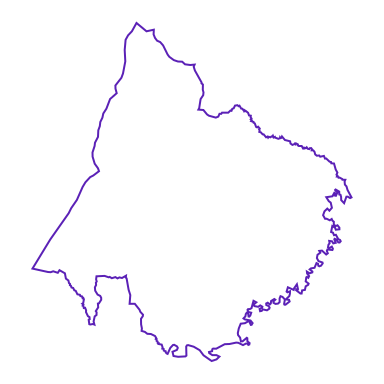 Mancha Khiri, Khon Kaen, Thailand
{"feature_id": "78962969B48602997867294", "entity_name": "Mancha Khiri", "entity_type": "district", "adm_level": 2, "iso_a3": "THA", "parent_name": "Thailand", "parent_adm1": "Khon Kaen", "projection": "robinson", "projection_center": [102.568, 16.234], "detail": "fine", "context": "isolated", "style": "outline", "palette": "violet", "viewbox_px": 384, "rotation_deg": 0, "n_neighbors": 0, "source": "geoboundaries", "source_scale": "gbopen_adm2", "svg_char_len": 6015}
<svg xmlns="http://www.w3.org/2000/svg" viewBox="0 0 384 384"><path d="M194.6,64.6L190.2,65.0L185.0,64.3L182.2,61.7L177.9,61.5L173.8,60.1L169.3,56.8L167.6,54.5L163.1,45.4L160.2,42.1L157.1,40.7L155.0,37.9L153.6,34.4L153.8,29.7L146.5,31.3L136.5,23.0L131.9,31.3L128.1,35.3L125.6,39.8L124.7,50.0L125.3,61.4L123.0,73.5L121.4,77.8L115.4,85.5L115.5,88.7L116.7,93.2L110.1,99.0L106.4,108.7L103.3,113.5L102.4,117.7L100.3,122.0L99.8,126.2L98.3,130.3L98.0,136.9L95.0,142.7L94.6,146.0L92.5,152.5L92.6,156.7L94.7,163.7L98.0,168.3L99.0,171.2L93.3,175.5L90.2,177.1L85.4,182.3L82.6,187.0L76.9,199.9L71.2,208.2L68.7,213.2L50.3,239.4L32.5,268.6L48.0,272.0L50.7,272.2L53.2,271.3L57.8,272.8L59.5,270.2L64.9,273.3L65.9,278.6L68.4,280.5L69.0,283.1L70.0,283.9L69.9,285.2L70.9,285.7L71.5,287.5L73.2,288.0L74.3,290.3L75.7,290.8L77.4,294.3L79.9,294.8L80.4,296.1L82.0,296.4L82.6,298.2L83.3,297.9L83.9,299.3L83.2,303.1L82.3,303.7L83.4,304.5L82.7,305.7L83.4,306.0L83.8,308.0L85.1,307.8L86.1,310.3L86.0,312.1L87.9,316.1L89.5,317.1L89.7,319.2L88.7,319.8L89.3,324.2L90.3,324.5L92.9,324.0L94.4,324.6L93.6,321.4L94.7,316.4L96.5,315.0L96.6,312.3L95.8,311.1L98.2,307.4L97.9,303.6L98.9,303.4L101.2,299.8L101.2,297.8L100.2,295.9L97.6,294.6L95.2,290.7L94.9,287.3L96.1,285.0L95.9,282.7L96.7,281.5L96.1,279.3L96.5,276.3L104.6,275.9L108.7,277.3L109.7,276.9L111.8,278.2L115.4,277.1L117.5,278.4L119.4,277.4L122.0,278.0L126.0,275.7L125.8,277.6L126.6,278.4L128.6,289.7L130.3,295.1L129.6,303.8L134.8,303.8L139.5,309.7L140.3,311.8L143.0,314.7L142.8,316.2L141.0,318.8L141.1,324.4L141.9,328.4L141.6,330.9L144.9,331.9L147.3,333.8L150.9,334.0L155.0,336.0L156.1,337.8L155.8,338.9L156.6,339.0L156.6,340.9L157.6,341.5L157.7,343.0L158.7,343.2L158.5,344.0L161.7,344.6L162.6,347.4L162.3,348.6L163.6,348.9L163.8,350.6L165.7,351.3L165.7,352.4L166.7,353.5L167.6,353.9L170.3,347.9L173.0,345.0L174.2,344.8L177.0,346.4L177.8,347.9L176.9,349.9L172.5,351.8L173.5,356.0L178.1,356.8L185.5,356.4L186.4,355.6L186.2,346.6L186.9,345.4L188.1,345.1L193.7,346.7L199.7,350.2L203.5,355.3L211.6,361.0L216.5,359.4L219.4,356.6L216.4,355.1L212.3,355.1L209.2,353.1L209.0,352.0L212.1,351.2L212.3,349.2L213.1,348.6L216.2,348.7L224.7,344.2L229.5,344.0L236.2,342.6L238.3,342.8L243.0,345.1L246.1,343.5L247.5,343.7L248.3,344.9L249.3,344.5L249.6,343.1L247.4,341.3L247.3,338.2L246.8,337.8L242.6,341.3L240.9,341.4L240.1,337.6L238.1,335.1L237.8,333.1L238.8,328.4L240.7,323.7L244.9,323.2L249.0,320.9L250.8,324.9L251.6,324.8L252.6,323.1L250.5,320.5L244.8,319.4L243.5,318.4L245.4,316.4L245.8,314.1L246.8,312.6L248.0,312.9L248.6,316.5L249.3,316.6L250.3,315.5L251.2,312.7L248.4,312.0L247.5,309.9L248.1,309.1L249.8,309.1L251.5,308.2L253.5,300.8L256.3,302.3L253.6,304.6L254.4,306.1L258.2,306.8L260.2,305.4L262.4,306.7L262.2,307.5L259.6,308.9L260.1,311.2L261.7,310.9L262.7,309.4L267.0,310.3L269.3,308.7L269.6,307.5L268.5,306.0L266.3,305.0L266.2,303.5L267.7,302.7L269.9,304.4L270.8,303.5L271.1,301.0L274.3,299.0L275.3,299.7L273.4,301.5L273.5,302.8L275.5,303.9L278.0,303.6L279.6,302.1L279.6,298.4L280.5,296.2L282.5,296.9L284.9,299.5L284.1,304.0L284.5,304.7L285.5,304.7L289.6,301.5L289.1,299.9L285.8,299.4L289.3,296.1L289.9,293.8L290.0,291.3L287.4,292.3L286.6,291.6L287.9,287.3L293.7,289.9L294.1,288.3L296.9,284.3L298.0,289.2L297.6,289.9L296.2,289.3L296.1,290.2L300.4,293.5L301.6,293.5L302.1,290.4L304.9,289.9L305.7,286.3L308.2,284.8L308.6,283.6L305.7,281.4L306.3,277.3L306.9,276.9L308.3,277.8L309.1,276.1L307.1,273.5L306.9,271.6L309.6,273.3L312.3,272.4L312.4,271.5L309.7,269.4L310.9,268.4L314.5,267.8L316.5,263.1L318.0,263.8L318.3,265.7L319.3,266.3L321.0,265.7L322.7,263.4L322.5,262.5L318.5,261.1L316.9,258.1L317.5,254.8L320.3,252.7L319.3,250.9L322.0,250.6L326.2,254.5L327.8,253.3L326.8,250.9L327.4,249.5L332.4,250.0L332.9,248.8L331.8,246.6L329.2,248.2L328.0,247.3L328.5,244.6L329.6,243.3L329.2,240.9L332.0,241.3L333.3,243.4L335.7,242.8L334.3,239.4L334.6,238.8L336.3,239.5L338.3,242.4L339.6,242.5L340.7,241.2L340.0,239.9L338.3,239.2L335.9,234.8L334.0,235.2L333.0,232.7L331.1,232.0L332.3,226.0L335.1,227.8L335.8,229.7L339.4,229.3L339.4,227.7L337.5,225.3L335.8,226.0L333.8,224.7L333.8,221.7L332.5,220.7L331.7,219.0L329.8,220.3L326.5,218.7L325.1,218.8L323.1,215.2L324.5,211.3L327.3,208.6L329.4,210.7L331.9,207.8L330.7,202.6L328.8,201.2L326.3,197.2L332.4,196.3L334.3,192.8L335.9,193.6L334.7,195.5L335.9,195.8L337.6,192.1L335.5,190.8L335.1,190.0L335.6,189.5L339.2,191.6L339.3,194.5L340.5,194.8L341.1,196.9L341.2,200.1L344.1,203.2L346.4,196.7L347.8,196.7L350.1,198.1L351.5,197.4L347.5,189.9L346.5,186.4L344.9,184.6L344.6,181.5L345.3,179.8L342.4,179.7L342.2,179.0L339.4,177.5L338.5,177.7L337.9,176.5L336.9,176.5L337.3,175.5L336.5,174.7L337.4,172.6L335.7,169.5L334.0,163.5L331.3,163.3L331.0,162.0L329.6,161.7L326.2,158.5L325.0,158.6L323.9,155.9L320.2,156.7L319.2,155.5L316.8,155.7L315.2,154.4L314.5,151.8L313.2,150.3L311.7,150.3L312.0,149.2L311.2,148.1L309.8,148.2L309.3,149.1L307.8,148.8L306.7,147.3L306.0,148.1L304.4,147.7L304.4,148.5L303.1,148.6L301.7,146.0L298.8,146.0L298.0,145.5L297.9,144.4L295.8,143.3L295.1,143.4L295.2,144.3L294.6,144.0L292.4,144.9L290.5,143.5L290.1,141.3L284.9,140.0L282.0,136.5L281.5,137.8L280.6,138.1L280.1,137.4L279.9,138.3L278.3,138.8L275.1,137.6L274.9,136.9L273.6,137.5L272.9,135.7L272.3,136.6L271.6,136.4L270.4,137.3L268.8,136.8L268.1,137.7L267.5,136.6L266.1,137.3L263.6,134.3L262.6,134.3L260.8,132.3L259.3,131.9L259.6,130.2L259.1,129.4L259.7,128.5L258.1,126.7L257.1,127.4L256.1,126.9L254.8,123.4L253.5,122.6L253.5,121.9L251.1,121.1L251.7,120.2L250.7,119.3L251.5,118.5L250.6,117.2L250.8,115.7L249.0,115.4L248.1,112.8L246.0,111.1L244.7,111.3L245.0,110.5L244.1,109.9L243.6,110.4L242.3,108.7L241.2,108.6L239.5,105.7L238.6,106.2L237.4,105.2L235.0,105.6L233.7,108.3L232.3,108.8L231.5,110.8L230.5,110.5L228.2,112.7L222.0,112.7L221.3,113.8L219.5,113.8L218.3,116.6L215.8,117.6L208.9,115.7L207.0,114.4L203.4,110.0L198.4,109.6L199.2,108.1L200.6,99.1L203.2,95.2L203.5,92.4L202.8,89.8L202.9,84.5L201.5,83.4L201.6,82.5L194.9,70.5L193.7,66.7L194.6,64.6Z" fill="none" stroke="#5b21b6" stroke-width="2"/></svg>